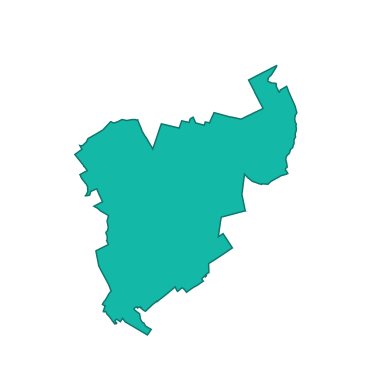 the district of Cobadin, Constanta, Romania, rotated 330°
{"feature_id": "2599482B18886036836005", "entity_name": "Cobadin", "entity_type": "district", "adm_level": 2, "iso_a3": "ROU", "parent_name": "Romania", "parent_adm1": "Constanta", "projection": "natural_earth1", "projection_center": [28.207, 44.043], "detail": "fine", "context": "isolated", "style": "filled", "palette": "teal", "viewbox_px": 384, "rotation_deg": 330, "n_neighbors": 0, "source": "geoboundaries", "source_scale": "gbopen_adm2", "svg_char_len": 5840}
<svg xmlns="http://www.w3.org/2000/svg" viewBox="0 0 384 384"><g transform="rotate(330 192 192)"><path d="M167.4,94.2L164.3,94.1L162.6,94.0L159.4,93.3L158.8,93.1L158.3,92.7L157.5,91.4L157.2,90.8L157.0,90.6L156.7,90.5L156.4,90.5L146.3,93.6L146.0,93.7L140.2,93.8L128.8,93.8L128.4,93.9L127.9,94.2L125.9,95.7L125.3,95.9L120.9,97.0L120.4,97.0L119.7,96.9L118.6,96.2L118.1,95.7L118.0,100.0L109.3,100.9L111.4,114.9L111.3,115.5L111.1,115.8L111.4,116.1L111.5,116.4L111.7,117.5L111.7,118.2L111.9,119.6L112.1,120.3L112.1,121.1L109.1,121.0L103.6,120.9L103.7,122.5L103.4,122.8L103.3,123.1L103.4,126.6L103.6,127.4L104.0,130.7L104.4,132.1L104.5,132.6L104.3,133.4L104.3,135.4L104.0,135.6L103.2,137.0L102.2,139.2L101.8,139.6L101.4,139.9L99.1,141.5L98.8,141.6L98.1,141.8L97.8,141.8L97.7,142.0L100.5,143.2L101.5,143.5L101.8,143.5L102.0,143.4L103.8,141.6L104.1,141.3L104.3,141.1L104.5,141.0L104.8,141.0L105.3,141.0L109.6,141.4L110.3,141.6L111.1,141.7L110.2,148.6L110.3,148.6L109.6,155.7L99.9,155.3L100.6,156.5L102.1,158.8L102.2,159.2L102.9,161.4L103.5,162.9L105.1,165.7L105.9,167.1L107.8,170.4L107.8,171.1L107.7,171.1L107.3,171.3L106.5,172.1L105.0,173.6L104.1,174.4L103.8,174.9L102.8,177.8L101.9,180.5L101.6,181.1L99.9,182.7L99.2,183.4L98.8,183.5L97.9,183.6L97.5,183.8L97.2,184.1L97.0,184.5L96.9,184.8L96.5,187.8L95.3,189.8L95.2,190.1L94.6,190.8L94.5,191.1L94.4,191.3L94.1,191.5L93.7,191.5L93.4,195.0L93.3,195.5L93.1,195.6L92.8,195.7L79.8,194.9L79.5,194.9L79.3,195.0L76.9,201.9L74.3,209.5L74.0,215.0L73.6,229.3L73.5,230.5L72.6,236.4L72.6,237.3L70.3,238.1L68.7,238.9L66.0,240.5L63.4,242.0L62.3,242.5L60.8,243.0L58.7,244.2L58.2,244.6L59.8,247.3L59.5,247.4L57.1,249.6L56.4,250.1L55.7,250.8L55.5,251.1L55.8,251.3L55.9,251.9L56.7,251.8L57.5,252.6L57.5,253.9L57.3,254.6L57.3,255.0L57.4,255.5L58.0,258.1L58.1,258.6L58.4,260.9L58.5,261.5L58.6,263.5L58.8,264.9L59.1,267.3L59.7,267.0L59.8,267.8L59.9,268.0L60.1,268.1L61.1,268.1L61.2,267.9L61.0,266.9L60.9,266.4L61.0,265.6L61.2,264.8L63.2,264.5L65.1,268.5L68.8,266.7L68.8,266.9L69.2,271.0L71.1,274.3L72.9,277.5L76.5,283.9L81.9,293.5L88.0,290.6L86.6,288.3L84.9,285.2L84.7,284.6L84.8,281.4L84.6,281.1L84.0,280.5L83.9,280.3L83.8,279.8L83.7,277.2L84.1,275.3L84.6,274.2L85.7,271.2L84.4,268.2L83.6,266.2L83.4,265.7L83.4,264.8L83.4,264.5L83.6,264.2L83.8,263.9L84.2,263.8L85.2,263.7L86.9,264.0L86.8,265.2L87.4,265.1L88.0,265.3L88.5,265.4L89.3,265.5L89.8,265.5L90.1,266.5L89.6,266.7L89.9,267.6L91.2,270.8L91.7,271.5L92.1,272.0L96.3,271.0L101.3,269.8L107.4,268.9L107.7,269.1L107.5,269.4L119.0,267.7L130.0,265.8L129.6,269.7L129.7,270.8L129.8,270.9L130.0,270.9L132.8,270.4L135.0,270.0L135.4,270.0L135.8,270.5L136.3,271.5L136.6,272.7L136.9,274.2L137.1,276.1L141.0,275.7L145.2,275.3L150.3,275.4L154.6,275.0L155.9,274.9L157.2,274.9L156.9,272.5L157.1,272.4L157.3,272.0L157.8,271.7L161.0,271.2L161.2,272.2L162.7,271.7L162.5,270.4L163.3,270.3L164.2,270.3L164.5,270.1L165.3,270.1L165.5,270.2L166.3,270.3L170.6,262.3L181.9,261.8L199.0,260.6L198.1,243.6L192.4,243.9L192.8,243.4L193.1,243.1L193.5,242.5L202.0,231.7L204.6,228.6L205.0,228.5L205.4,228.6L221.3,232.9L228.7,234.9L228.8,235.0L228.9,234.4L230.6,229.2L234.0,219.1L234.2,218.5L235.1,217.6L236.3,216.1L241.0,209.8L246.4,202.8L247.5,207.5L249.4,212.4L250.2,213.7L252.3,216.0L253.6,217.7L256.0,220.2L256.5,219.8L257.4,220.4L261.8,223.3L265.0,222.4L266.4,222.3L269.3,222.3L269.6,222.3L271.2,222.3L274.6,222.5L275.1,222.4L275.7,222.4L276.8,222.4L277.2,222.4L280.3,223.2L282.4,223.7L284.2,223.9L284.3,221.1L284.2,220.9L284.0,220.3L283.9,220.0L283.9,219.8L284.0,219.4L284.3,219.0L284.8,218.5L285.3,218.3L286.1,218.3L286.7,218.2L287.0,217.9L288.7,213.6L289.0,212.2L289.3,211.2L290.0,210.1L290.3,209.5L290.5,209.3L290.7,209.1L291.4,208.7L291.7,208.4L292.5,207.9L293.4,207.6L293.9,207.6L294.8,207.4L295.1,207.3L295.6,207.1L295.9,206.9L296.8,206.2L298.1,204.8L298.7,204.4L299.1,204.3L300.1,204.2L301.3,203.9L301.6,203.7L302.3,203.0L302.9,202.2L303.0,202.1L303.4,202.0L304.1,201.5L304.5,201.1L305.2,200.0L306.2,198.1L306.5,197.8L307.7,196.9L308.7,196.5L309.1,196.3L309.3,195.9L309.5,195.0L310.4,193.4L310.7,192.9L311.0,192.6L311.9,192.0L312.3,191.6L312.9,190.9L313.6,190.2L313.8,189.9L314.2,189.0L314.5,188.2L315.1,186.6L316.2,185.5L316.3,185.1L316.4,184.8L316.3,183.5L316.3,183.1L316.4,182.8L317.3,180.7L317.4,180.0L319.0,178.3L319.3,177.9L319.6,177.4L319.8,177.0L320.3,176.9L321.2,176.6L321.5,176.4L322.0,176.1L322.3,175.7L322.6,175.4L322.7,175.2L323.1,172.8L323.3,172.3L323.6,171.5L324.2,169.3L324.8,163.5L325.9,153.2L326.3,151.1L326.8,147.8L320.0,147.8L319.6,147.8L319.4,147.9L318.5,148.7L318.2,148.9L317.3,149.0L317.8,142.4L317.9,142.1L318.0,141.9L318.6,141.4L318.8,141.2L319.0,140.9L319.0,140.7L319.0,140.0L318.9,139.8L318.7,139.6L315.6,137.6L315.4,137.3L313.0,134.0L313.0,133.8L313.2,133.3L313.4,133.1L313.9,132.8L313.8,132.6L314.4,132.2L315.3,131.4L315.6,131.2L316.0,131.0L317.6,130.7L319.5,130.2L320.1,129.9L320.4,129.7L320.6,129.6L327.8,125.7L328.3,125.2L328.5,124.9L328.4,124.8L314.7,124.1L301.2,123.5L300.1,123.5L297.0,123.3L296.3,136.9L296.1,137.1L296.1,137.4L295.4,153.9L295.4,155.0L295.0,155.2L283.6,154.3L283.4,154.4L279.4,154.0L272.8,153.6L271.0,153.4L270.5,153.2L270.3,152.9L263.4,146.6L263.0,146.6L250.8,134.3L244.9,138.5L243.0,139.9L242.3,140.5L241.9,140.9L238.5,138.0L236.0,140.3L230.4,134.7L229.7,134.0L229.7,133.8L230.4,127.8L228.0,127.7L227.0,127.8L226.7,128.0L224.2,130.3L218.7,125.2L212.9,130.2L210.2,127.7L204.6,122.4L199.9,117.9L199.6,117.7L199.3,117.8L198.9,118.2L195.7,120.9L193.6,122.8L191.8,124.4L179.5,135.2L179.6,133.3L179.5,127.4L179.5,122.8L179.5,122.0L179.2,119.9L179.2,117.8L179.2,114.4L179.6,111.9L179.7,111.6L179.9,110.4L180.1,108.5L180.4,105.7L180.8,103.3L181.1,102.4L180.5,102.3L180.2,102.3L179.4,101.1L179.2,101.0L177.1,99.7L175.0,98.8L171.3,97.5L170.9,97.2L168.1,94.6L167.7,94.3L167.4,94.2Z" fill="#14b8a6" stroke="#0f766e" stroke-width="1.5"/></g></svg>